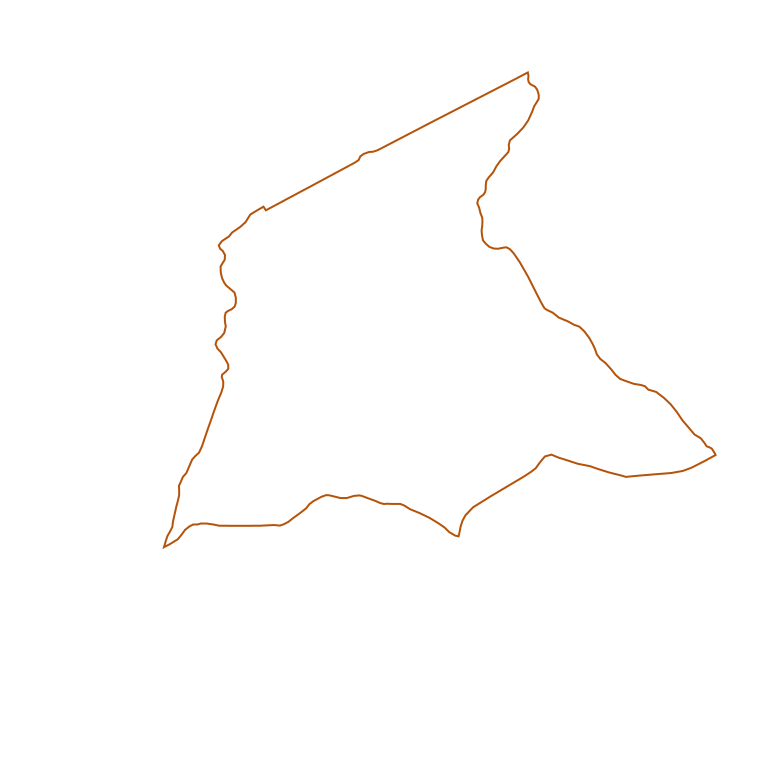 the district of Abanga-Bignè, Moyen-Ogooué, Gabon, rotated 333°
{"feature_id": "22940354B65697742744176", "entity_name": "Abanga-Bignè", "entity_type": "district", "adm_level": 2, "iso_a3": "GAB", "parent_name": "Gabon", "parent_adm1": "Moyen-Ogooué", "projection": "robinson", "projection_center": [10.966, -0.21], "detail": "fine", "context": "isolated", "style": "outline", "palette": "amber", "viewbox_px": 768, "rotation_deg": 333, "n_neighbors": 0, "source": "geoboundaries", "source_scale": "gbopen_adm2", "svg_char_len": 3082}
<svg xmlns="http://www.w3.org/2000/svg" viewBox="0 0 768 768"><g transform="rotate(333 384 384)"><path d="M113.9,429.5L120.0,429.5L129.8,428.7L135.6,426.2L140.4,423.7L145.8,422.6L150.0,422.5L154.1,424.5L157.6,425.2L163.1,428.1L168.4,431.9L172.9,435.5L191.7,445.2L208.8,453.8L221.9,459.7L227.0,462.9L231.3,463.5L236.5,463.4L241.0,462.4L251.2,460.8L258.3,459.4L262.9,457.2L267.9,456.3L276.9,456.1L281.9,456.7L284.8,458.4L293.5,465.9L299.0,468.7L306.5,470.1L311.5,472.1L313.4,473.6L317.5,478.1L323.2,484.2L326.5,488.3L329.5,490.9L332.2,492.0L337.6,495.0L344.0,498.2L346.9,501.5L350.3,507.3L356.9,514.9L363.7,523.8L369.1,532.5L372.9,539.5L374.8,545.4L378.6,551.4L381.3,553.6L384.2,550.1L387.6,545.7L392.1,541.3L397.1,537.9L407.4,534.3L427.9,532.5L467.4,529.9L475.4,529.0L481.0,527.9L485.6,525.5L489.9,523.5L494.5,521.6L501.2,523.0L505.6,528.3L512.1,534.7L520.6,543.2L530.2,550.7L535.6,556.4L544.6,565.2L553.7,573.1L557.4,576.6L568.6,581.0L582.8,586.8L599.5,593.7L610.7,597.1L620.0,598.2L635.2,598.2L647.2,597.8L647.3,596.3L646.7,590.3L645.0,587.9L643.2,586.0L642.8,582.1L641.6,576.2L637.7,569.9L635.7,561.3L633.4,551.8L632.2,541.9L630.2,532.2L627.1,523.4L622.8,514.5L616.9,509.0L615.5,504.4L612.2,501.3L606.8,497.4L601.8,492.2L596.8,486.8L594.4,480.8L593.2,474.5L590.9,466.0L588.1,459.9L587.1,454.2L587.8,449.0L588.1,443.5L587.8,436.1L586.4,428.1L584.1,421.6L580.1,417.4L576.6,412.1L569.9,404.2L566.7,397.0L562.9,392.1L561.4,389.4L561.0,383.2L561.0,372.6L561.1,354.0L560.3,337.4L558.9,326.4L557.4,321.1L555.3,317.9L552.8,316.9L546.9,315.2L543.4,313.2L540.2,309.8L538.4,305.3L537.4,300.9L538.9,295.8L540.7,291.4L543.2,287.9L545.6,283.7L547.0,280.5L547.5,275.7L548.8,270.1L549.1,265.4L551.6,262.4L554.7,261.0L558.3,260.6L561.2,258.9L562.9,256.9L565.3,252.4L567.5,249.4L571.0,247.5L577.2,245.0L583.2,240.9L588.9,238.0L599.9,233.9L602.3,231.3L603.7,227.6L606.8,224.1L616.7,221.5L624.8,218.6L632.3,214.5L639.8,208.5L643.8,204.8L651.2,200.3L653.0,197.0L653.6,194.5L654.1,191.1L653.5,187.6L651.8,185.1L650.5,183.3L650.0,180.6L650.7,178.0L652.6,175.1L653.6,171.7L638.2,171.9L544.9,172.3L484.6,172.8L479.8,172.1L476.1,170.5L470.4,169.8L466.3,170.4L463.0,173.0L458.2,173.5L417.8,174.4L357.6,175.6L357.1,171.3L351.2,171.6L341.8,172.3L337.8,174.7L334.4,176.8L327.6,178.7L317.3,180.1L313.1,182.1L304.5,183.1L299.7,185.5L299.4,189.0L300.7,192.1L300.9,196.8L298.5,201.0L294.6,203.3L291.7,205.2L289.2,210.5L287.8,215.9L287.6,220.9L288.1,224.6L289.9,228.8L292.3,234.7L291.1,240.0L288.7,244.6L286.1,247.2L282.3,248.2L278.1,248.1L275.3,248.6L272.7,251.7L270.5,256.4L269.2,260.8L264.8,266.0L260.4,268.0L254.8,269.2L251.9,272.1L251.7,277.0L253.1,281.6L253.9,291.0L254.0,295.9L252.2,299.7L248.9,301.1L244.0,302.2L242.6,304.1L241.9,308.8L239.7,313.0L235.4,317.5L228.3,323.5L219.0,332.2L213.5,337.6L206.4,344.3L193.6,356.8L188.0,361.2L182.9,362.6L178.8,364.2L174.8,367.5L167.5,373.6L162.6,375.5L158.1,379.3L155.1,381.6L153.1,386.0L151.0,390.1L146.8,395.1L143.6,398.6L137.8,405.6L133.5,410.8L130.5,415.3L125.9,418.6L122.2,421.0L118.8,424.3L113.9,429.5Z" fill="none" stroke="#b45309" stroke-width="2"/></g></svg>